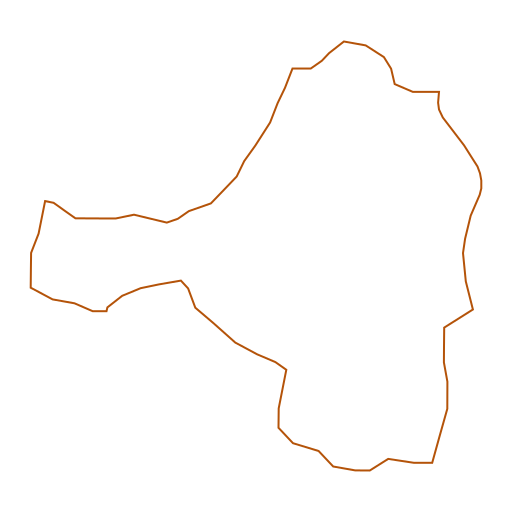 Sinkye, Hwanghae-bukto, North Korea
{"feature_id": "82179303B98001602077811", "entity_name": "Sinkye", "entity_type": "district", "adm_level": 2, "iso_a3": "PRK", "parent_name": "North Korea", "parent_adm1": "Hwanghae-bukto", "projection": "orthographic", "projection_center": [126.546, 38.511], "detail": "fine", "context": "isolated", "style": "outline", "palette": "amber", "viewbox_px": 512, "rotation_deg": 0, "n_neighbors": 0, "source": "geoboundaries", "source_scale": "gbopen_adm2", "svg_char_len": 1075}
<svg xmlns="http://www.w3.org/2000/svg" viewBox="0 0 512 512"><path d="M471.5,157.1L464.1,145.4L442.8,117.5L439.0,109.5L438.1,102.7L439.0,91.9L412.9,91.9L394.7,84.1L391.1,68.7L383.9,57.1L365.7,45.4L343.9,41.5L329.1,53.1L321.8,60.8L310.8,68.5L292.5,68.5L285.0,87.8L277.6,103.2L270.1,122.5L255.3,145.6L244.2,161.1L236.7,176.5L225.7,188.0L210.9,203.4L188.9,211.1L177.8,218.8L166.8,222.6L134.0,214.7L115.6,218.5L90.0,218.4L75.4,218.3L64.5,210.6L53.6,202.8L45.1,201.1L38.6,233.6L31.1,252.9L30.9,268.4L30.7,287.7L52.6,299.4L74.5,303.3L92.7,311.2L106.5,311.2L107.4,307.4L122.2,295.8L140.6,288.2L158.9,284.4L180.9,280.6L188.1,288.4L195.3,307.7L213.5,323.2L235.3,342.6L257.1,354.3L275.4,362.1L286.3,369.8L278.7,408.4L278.5,427.8L293.0,443.2L318.6,451.0L333.2,466.5L355.2,470.4L369.8,470.5L388.2,458.9L413.9,462.8L432.2,462.8L439.7,435.8L447.3,408.8L447.4,381.7L443.9,362.4L444.0,346.9L444.2,327.6L472.9,309.5L465.8,281.4L463.0,253.1L465.1,238.7L470.7,215.6L479.7,194.8L481.3,188.4L481.3,180.5L480.0,173.3L477.5,166.5L471.5,157.1Z" fill="none" stroke="#b45309" stroke-width="2"/></svg>